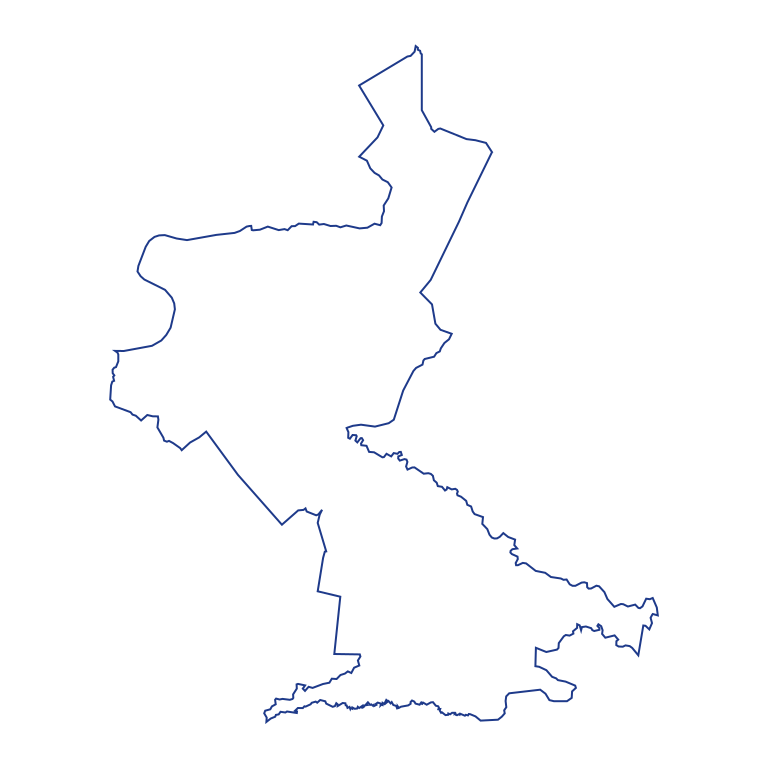 San Jacinto de Yaguachi, Guayas, Ecuador
{"feature_id": "8360857B83271763782433", "entity_name": "San Jacinto de Yaguachi", "entity_type": "district", "adm_level": 2, "iso_a3": "ECU", "parent_name": "Ecuador", "parent_adm1": "Guayas", "projection": "albers", "projection_center": [-79.669, -2.119], "detail": "fine", "context": "isolated", "style": "outline", "palette": "blue", "viewbox_px": 768, "rotation_deg": 0, "n_neighbors": 0, "source": "geoboundaries", "source_scale": "gbopen_adm2", "svg_char_len": 6116}
<svg xmlns="http://www.w3.org/2000/svg" viewBox="0 0 768 768"><path d="M415.7,46.1L414.6,51.7L410.6,55.9L407.4,56.5L359.1,85.5L383.3,125.4L377.5,137.4L359.2,156.7L366.9,160.7L370.3,168.4L374.6,172.9L379.0,175.4L382.4,179.5L387.8,182.2L391.6,187.5L388.3,198.4L383.7,205.5L384.0,211.2L381.9,216.5L381.6,223.0L380.2,225.2L374.5,223.7L367.4,227.7L359.6,228.4L346.3,225.5L340.4,227.3L336.2,225.8L330.5,226.0L323.9,224.0L319.2,224.6L316.7,222.2L313.6,221.8L313.0,224.5L298.8,223.6L295.1,226.1L291.6,226.2L287.7,230.2L284.5,229.1L278.7,230.1L267.8,226.6L259.9,229.7L253.1,230.3L251.8,230.0L251.2,225.9L249.5,226.0L246.6,226.6L239.9,231.0L234.6,232.9L216.3,234.9L187.0,240.1L176.6,238.5L164.8,235.1L159.1,235.4L154.5,236.9L149.2,241.0L145.7,246.8L138.4,265.9L137.5,271.5L140.6,276.2L144.3,279.5L165.1,289.9L171.8,297.7L174.2,303.4L174.9,309.3L170.6,327.7L166.3,334.9L161.3,340.5L152.0,345.8L123.8,351.0L115.1,350.9L117.5,352.6L118.3,354.5L118.3,361.3L116.0,367.1L114.2,367.7L112.6,369.7L112.7,373.2L114.3,375.4L113.1,376.8L114.1,380.8L112.3,381.6L111.1,385.3L110.2,399.6L112.5,401.5L115.0,406.4L130.6,412.2L132.5,414.6L135.8,415.7L141.1,420.5L147.3,415.0L152.7,416.3L157.9,416.4L158.4,419.7L157.4,427.4L163.4,437.7L164.1,440.6L166.9,441.7L169.0,440.9L173.1,443.1L180.2,448.1L181.7,450.2L190.1,442.5L199.2,437.4L206.2,431.6L237.9,474.8L281.9,524.7L298.2,510.4L303.5,509.9L305.5,508.4L306.7,511.5L316.2,515.3L318.4,514.4L322.1,509.8L319.7,514.6L317.7,522.9L326.2,551.4L324.8,551.7L323.1,557.9L317.7,591.3L340.3,596.7L334.3,654.0L359.8,654.4L360.4,656.5L357.9,660.5L359.3,665.5L354.1,667.7L351.3,673.0L347.8,671.4L344.9,673.6L340.5,675.0L336.6,679.0L331.8,678.7L329.4,682.7L323.0,684.0L312.6,687.9L308.6,686.8L305.0,690.9L302.8,688.6L305.1,685.4L298.0,683.9L296.6,684.4L296.8,688.6L293.1,694.4L293.3,697.9L292.5,699.0L289.8,699.8L282.5,698.9L279.6,699.5L276.1,698.6L275.1,699.8L275.7,704.3L271.9,706.4L270.3,709.3L265.2,710.7L264.2,713.3L266.7,717.6L266.4,721.9L270.8,718.5L275.2,716.7L275.9,714.9L278.7,714.4L280.5,711.8L285.4,712.5L287.0,711.5L296.8,713.0L297.0,711.4L295.1,710.7L297.9,708.0L302.8,708.1L304.4,706.3L305.6,706.6L310.6,704.3L311.7,702.8L315.7,701.6L317.2,702.7L320.2,700.0L325.3,701.3L326.2,703.6L332.7,706.8L334.9,706.1L336.3,703.2L337.6,704.3L337.6,706.1L342.7,703.0L345.4,703.3L345.7,705.3L346.7,705.5L347.5,707.9L349.5,706.9L350.3,709.0L350.7,708.1L352.3,708.8L352.4,707.5L354.8,708.8L357.2,708.5L357.8,706.8L359.2,708.0L362.1,706.0L361.9,707.6L362.6,707.7L364.2,706.5L364.2,705.5L367.3,705.0L366.3,704.1L367.9,702.3L370.2,704.9L371.3,704.4L372.7,705.6L373.8,704.8L374.1,706.0L376.5,704.8L376.0,703.8L377.7,702.6L380.9,703.6L380.6,705.4L381.3,704.7L382.6,705.1L382.7,702.9L384.3,703.9L386.3,699.9L387.4,700.8L386.8,702.4L388.5,701.0L390.6,703.4L391.7,702.1L393.3,705.0L396.2,705.9L397.1,708.4L397.9,708.1L397.8,706.4L398.9,707.9L401.0,706.7L408.2,705.4L410.6,703.8L410.6,702.0L412.0,700.5L414.3,701.6L415.5,703.6L419.6,704.7L421.3,702.4L422.0,702.9L421.7,704.6L423.1,702.6L426.7,704.7L430.9,702.4L433.0,702.2L435.8,705.7L438.2,706.3L438.9,707.6L438.4,709.1L440.2,709.0L439.7,710.5L441.1,712.8L441.9,712.3L445.5,715.1L448.1,714.8L448.3,713.5L450.1,714.3L452.1,712.8L454.7,712.8L454.6,714.0L455.5,713.5L456.0,714.9L457.0,715.2L459.0,714.2L459.7,714.7L460.1,713.7L464.9,715.7L465.8,714.8L468.0,715.4L468.8,714.0L470.2,714.2L475.5,716.4L480.6,720.6L498.0,719.7L501.8,716.7L504.7,713.4L504.2,710.3L506.3,707.2L505.6,701.0L506.2,696.4L509.2,693.3L540.2,689.7L545.5,693.7L549.4,700.1L553.9,701.2L567.0,701.2L571.7,697.9L572.1,691.4L575.9,687.9L575.2,685.6L565.6,681.6L557.9,680.1L556.2,678.4L552.1,676.8L546.4,670.2L539.2,666.8L535.4,666.2L535.9,647.8L546.3,652.0L557.0,649.6L558.5,648.0L558.8,643.1L563.8,636.3L565.8,635.0L569.6,635.6L573.4,633.6L573.0,631.3L577.1,627.9L577.2,624.2L579.7,625.4L581.1,630.3L581.9,627.1L585.9,626.5L591.2,628.2L592.3,630.1L594.2,631.0L599.4,629.8L599.4,628.1L597.4,625.9L598.4,624.3L601.2,626.2L602.6,630.2L602.1,633.9L605.3,637.7L614.6,635.4L618.2,639.6L616.4,641.2L616.3,645.1L618.6,646.5L622.8,646.7L625.5,645.4L629.7,646.1L632.2,647.9L638.3,655.3L643.3,625.5L645.5,625.8L649.3,629.4L652.0,623.1L650.6,617.8L652.2,614.8L652.8,614.0L657.8,615.4L656.8,607.5L652.7,598.0L649.8,599.2L646.2,598.7L642.5,606.4L640.0,608.2L638.4,607.9L635.2,604.6L627.9,606.5L623.2,604.2L620.9,604.0L614.3,606.8L607.4,599.0L604.4,592.1L599.1,586.3L596.4,585.7L591.1,588.5L588.6,588.6L587.2,587.2L587.0,583.1L584.3,582.3L581.6,582.6L575.4,585.8L572.5,585.8L569.7,584.3L566.6,579.5L563.5,579.8L560.9,578.5L550.9,577.0L545.2,572.8L535.7,570.9L526.1,563.4L522.8,562.9L517.9,565.2L516.1,565.2L515.7,563.0L517.8,559.1L517.5,556.6L511.9,554.1L510.4,552.5L510.6,550.9L512.4,549.2L517.2,548.5L514.3,545.1L515.1,539.6L508.2,537.0L503.3,533.1L499.8,536.8L497.0,538.4L494.3,538.5L491.8,537.5L489.5,534.7L487.3,529.1L482.3,523.9L483.0,517.1L474.6,514.1L472.7,511.5L471.1,506.5L467.3,504.8L466.2,500.9L461.0,496.7L457.5,495.3L457.0,493.6L457.8,491.6L457.0,489.9L455.3,488.8L451.7,489.4L447.3,487.2L446.6,489.5L445.0,490.5L442.0,486.8L437.8,486.1L436.7,482.7L433.9,480.3L432.9,475.8L430.8,473.9L428.3,473.2L423.7,473.7L414.5,467.4L412.2,467.5L407.5,469.6L406.1,466.5L407.4,461.9L406.5,459.6L404.5,459.1L399.8,460.6L398.2,458.5L398.3,456.4L401.8,455.0L400.8,451.9L399.3,452.0L397.5,453.8L393.7,453.1L391.2,456.4L386.5,453.8L383.9,457.1L382.4,457.3L374.1,452.3L369.1,451.9L366.5,445.8L361.3,445.2L361.0,443.6L363.1,440.2L361.8,438.1L360.6,438.2L357.3,442.4L355.4,440.6L356.7,436.2L356.1,435.2L352.6,435.0L349.9,438.7L348.2,437.8L348.4,432.1L346.6,428.0L347.5,427.6L352.9,425.8L361.0,424.7L375.0,426.6L388.7,423.2L393.8,419.7L403.2,390.5L413.4,371.0L416.1,367.9L422.5,364.6L423.4,360.5L424.7,359.0L434.1,356.7L436.4,353.1L439.8,351.4L440.8,348.4L444.4,343.0L449.0,339.3L451.7,333.8L440.5,329.8L435.4,323.7L432.0,304.4L420.3,292.5L430.7,279.9L459.0,221.6L467.4,202.4L491.9,152.3L492.5,152.9L486.0,142.9L475.4,140.2L466.5,139.1L440.3,128.5L438.3,128.9L434.4,131.8L431.2,128.8L431.2,127.2L421.8,110.2L421.8,54.3L420.7,53.4L420.1,50.8L417.8,49.7L417.9,47.8L415.7,46.1Z" fill="none" stroke="#1e3a8a" stroke-width="2"/></svg>